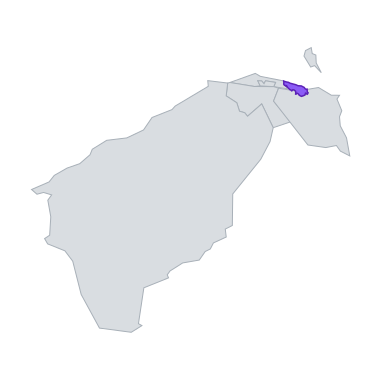 Lebanon highlighted among its neighbors, rotated 86°
{"feature_id": "LBN", "entity_name": "Lebanon", "entity_type": "country or territory", "adm_level": 0, "iso_a3": "LBN", "parent_name": "Asia", "parent_adm1": "", "projection": "equal_earth", "projection_center": [35.971, 33.877], "detail": "fine", "context": "with_neighbors", "style": "filled", "palette": "violet", "viewbox_px": 384, "rotation_deg": 86, "n_neighbors": 6, "source": "natural_earth", "source_scale": "50m", "svg_char_len": 2553}
<svg xmlns="http://www.w3.org/2000/svg" viewBox="0 0 384 384"><g transform="rotate(86 192 192)"><path d="M95.7,89.9L92.6,103.1L88.5,101.0L86.2,110.9L89.0,112.6L86.1,114.7L85.6,118.6L90.9,116.6L91.1,122.4L85.4,146.6L78.1,120.6L81.4,115.7L87.6,92.9L95.7,89.9Z" fill="#d9dde1" stroke="#a8b0b8" stroke-width="1"/><path d="M90.9,116.6L85.6,118.6L86.1,114.7L89.0,112.6L86.2,110.9L88.5,101.0L92.6,103.1L90.9,116.6Z" fill="#d9dde1" stroke="#a8b0b8" stroke-width="1"/><path d="M92.6,103.1L94.5,98.4L107.0,104.3L128.8,88.4L133.5,106.5L109.0,116.3L120.3,131.3L116.6,133.9L114.7,139.0L106.1,141.1L98.5,151.2L85.8,148.8L85.4,146.6L91.1,122.4L92.6,103.1Z" fill="#d9dde1" stroke="#a8b0b8" stroke-width="1"/><path d="M94.5,98.4L98.4,81.8L104.5,76.3L102.6,70.5L97.7,69.8L96.6,58.5L105.2,46.2L105.8,38.1L109.4,40.9L121.4,36.9L127.2,39.6L136.3,39.5L148.7,34.1L167.0,32.1L161.6,41.1L155.7,44.7L157.0,55.4L153.2,73.1L107.0,104.3L94.5,98.4Z" fill="#d9dde1" stroke="#a8b0b8" stroke-width="1"/><path d="M85.8,148.8L98.5,151.2L106.1,141.1L114.7,139.0L116.6,133.9L120.3,131.3L109.0,116.3L133.5,106.5L147.1,110.6L164.1,121.1L196.8,151.5L228.2,154.1L231.3,161.4L239.3,161.0L244.3,174.2L250.1,177.7L252.3,183.0L260.4,189.5L262.1,206.2L269.2,219.4L272.9,222.5L276.0,221.4L284.2,246.7L319.6,254.6L321.8,251.3L327.7,262.4L321.3,293.8L286.5,309.7L252.7,315.8L241.8,322.9L233.7,339.6L228.2,342.3L225.2,337.0L206.9,334.6L190.1,336.4L185.1,332.2L182.1,340.1L183.4,346.8L178.3,351.9L172.0,333.9L165.8,328.2L159.4,314.9L155.9,302.0L147.7,291.1L142.4,288.5L134.5,273.5L133.5,253.3L126.7,236.0L114.9,226.7L108.4,206.2L105.1,202.8L87.7,168.4L82.0,168.5L85.8,148.8Z" fill="#d9dde1" stroke="#a8b0b8" stroke-width="1"/><path d="M75.6,64.9L64.2,70.8L58.8,68.9L56.3,63.0L62.3,62.4L64.0,58.9L71.9,59.1L82.0,54.7L74.5,60.9L75.6,64.9Z" fill="#d9dde1" stroke="#a8b0b8" stroke-width="1"/><path d="M97.4,70.0L99.3,70.0L100.6,69.9L101.0,69.3L101.9,69.6L102.5,70.2L102.0,70.9L101.3,71.7L101.3,71.9L101.8,72.0L102.7,72.4L103.3,72.9L104.2,76.0L103.6,77.3L102.8,78.4L102.4,78.5L101.6,79.1L101.0,79.9L100.8,80.4L100.8,80.8L101.7,81.4L101.7,81.6L101.6,81.8L100.8,81.7L99.9,81.6L99.3,81.6L98.7,81.7L97.9,82.4L97.5,82.9L97.3,83.2L97.0,84.2L97.4,84.8L98.0,85.2L98.1,85.4L97.9,85.7L97.3,86.1L96.9,86.6L96.7,87.2L96.2,87.7L95.9,87.9L95.3,88.6L94.7,89.1L93.5,90.0L93.2,90.5L93.0,90.0L92.5,90.3L92.0,92.3L91.1,92.9L90.0,92.9L89.0,92.7L87.7,92.8L88.2,91.7L88.8,90.2L89.3,88.2L90.3,86.6L92.2,81.0L93.4,78.8L93.8,75.6L95.5,72.8L96.8,72.0L97.4,71.2L97.4,70.0Z" fill="#8b5cf6" stroke="#5b21b6" stroke-width="1.5"/></g></svg>